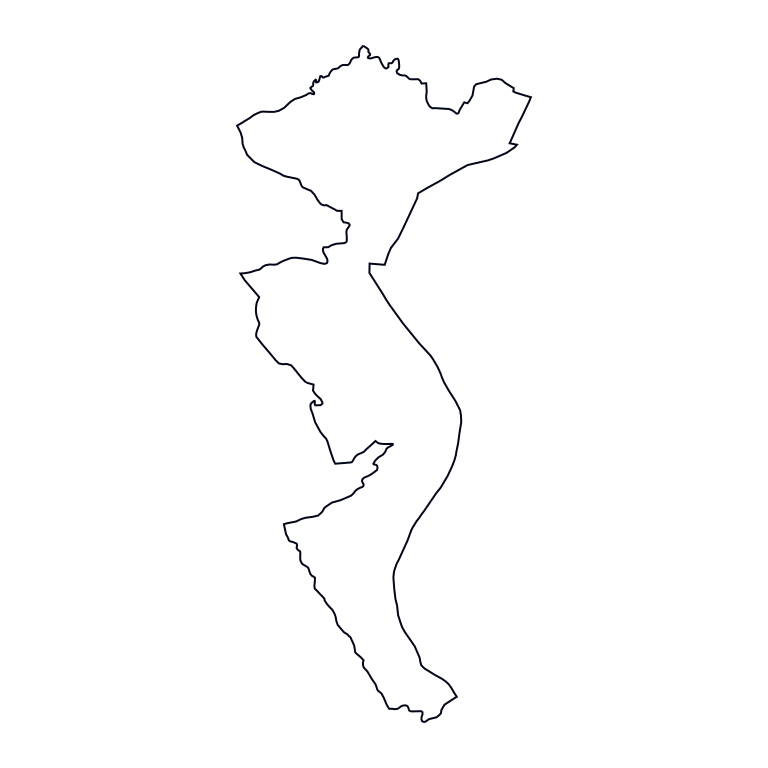 Thanh Thuy, Phú Thọ, Vietnam
{"feature_id": "81297802B73795447547430", "entity_name": "Thanh Thuy", "entity_type": "district", "adm_level": 2, "iso_a3": "VNM", "parent_name": "Vietnam", "parent_adm1": "Phú Thọ", "projection": "albers", "projection_center": [105.283, 21.123], "detail": "fine", "context": "isolated", "style": "outline", "palette": "ink", "viewbox_px": 768, "rotation_deg": 0, "n_neighbors": 0, "source": "geoboundaries", "source_scale": "gbopen_adm2", "svg_char_len": 6009}
<svg xmlns="http://www.w3.org/2000/svg" viewBox="0 0 768 768"><path d="M530.9,97.2L525.9,95.8L515.6,92.6L513.3,91.4L513.8,88.2L505.6,83.2L501.6,79.7L496.9,78.7L491.2,79.5L486.1,81.8L476.2,84.2L474.1,86.6L472.5,95.5L469.5,100.8L467.5,103.2L464.2,102.4L459.8,109.7L458.6,112.8L458.0,113.5L456.5,113.6L453.6,111.2L451.4,109.9L448.9,109.0L434.8,108.1L432.6,108.3L431.7,107.9L429.8,106.6L428.5,104.6L426.9,101.4L426.3,99.0L426.2,97.3L426.2,95.8L426.7,91.8L426.2,83.3L421.5,83.5L420.7,81.7L420.0,80.6L418.2,79.2L410.9,79.3L409.4,78.9L406.0,75.8L404.4,75.4L402.4,75.4L400.2,75.0L397.1,73.2L396.6,71.2L396.9,70.3L398.8,68.8L399.2,67.1L399.2,65.3L398.8,61.1L398.4,59.6L397.7,58.7L395.6,59.0L395.0,59.3L393.7,60.3L392.5,62.5L391.6,63.2L389.3,63.2L388.7,63.3L388.3,64.6L388.5,66.9L387.1,68.2L385.8,68.5L383.9,67.2L381.7,63.5L379.4,58.2L378.6,57.4L377.3,56.9L374.8,57.2L371.2,58.3L369.9,58.4L368.3,58.2L367.8,57.2L368.5,56.2L370.1,55.0L370.1,54.0L368.4,51.9L368.5,50.4L368.2,49.3L367.3,48.5L364.4,46.5L362.8,46.1L359.7,49.7L359.1,52.9L359.0,56.2L358.7,56.9L357.5,57.3L353.7,57.7L352.2,58.8L351.0,60.4L350.1,62.6L348.9,64.2L347.7,65.1L345.0,64.9L342.7,65.0L340.6,66.0L337.9,68.4L332.9,69.3L331.5,70.6L330.4,72.1L329.4,73.8L329.0,75.1L328.5,75.8L326.1,76.5L323.6,77.5L323.0,77.5L321.4,76.1L320.3,76.2L319.8,77.8L319.0,80.8L318.3,81.9L316.3,82.5L315.9,81.8L316.2,80.2L315.6,79.7L313.9,81.3L313.2,83.0L313.2,84.8L313.0,85.9L311.5,86.9L310.5,87.7L310.4,88.3L312.3,90.9L314.0,92.2L314.2,93.7L313.8,94.2L312.3,94.0L310.5,93.1L308.6,93.4L306.2,95.0L300.7,97.3L294.8,99.0L290.4,101.9L284.2,107.8L278.8,110.8L274.1,111.9L269.7,111.9L263.1,111.6L260.7,111.9L257.1,113.4L253.4,115.3L249.5,118.2L244.3,121.3L242.4,122.6L237.1,125.6L240.6,132.6L242.2,137.9L242.6,143.8L243.8,147.6L245.4,150.6L247.1,154.8L254.4,162.2L262.5,166.1L271.0,169.6L280.2,173.7L283.2,175.6L286.5,176.6L297.2,178.8L299.1,180.0L300.0,181.7L301.0,184.5L301.9,186.4L303.3,187.6L311.1,190.9L314.7,194.9L317.3,199.5L320.0,203.2L321.6,204.6L324.2,205.4L326.5,205.1L335.0,209.6L337.0,210.8L341.6,210.9L341.7,219.3L343.6,222.3L346.1,222.6L348.6,223.3L349.6,224.6L349.6,225.5L346.7,229.8L346.4,232.2L346.8,237.4L346.8,241.1L345.8,242.4L344.3,243.1L336.1,243.8L331.1,245.4L328.3,247.2L323.7,247.3L323.1,248.4L322.9,249.9L323.5,252.5L326.8,258.2L327.4,259.8L327.4,262.1L326.9,263.1L324.5,263.9L320.5,263.1L311.6,259.9L303.4,258.6L296.0,257.7L291.5,257.9L288.5,258.9L283.0,261.0L279.5,262.8L277.1,264.3L274.1,264.7L269.2,264.5L265.4,265.3L262.9,266.6L261.5,268.0L259.6,269.5L254.9,270.7L250.4,272.2L244.9,273.2L240.4,273.5L244.8,280.3L259.2,297.1L256.7,302.8L256.1,306.6L255.9,309.2L256.0,312.4L256.4,315.1L257.7,319.6L259.1,322.5L259.3,324.4L257.5,329.2L256.5,332.2L256.1,334.6L256.4,336.9L262.9,345.1L270.2,353.6L275.7,360.3L279.0,363.5L282.6,364.2L286.9,364.0L291.1,365.3L293.6,368.0L301.4,377.7L305.1,381.6L307.4,382.9L313.6,384.6L313.0,390.6L314.4,392.7L316.1,394.9L320.7,399.2L322.2,402.0L322.5,403.4L320.6,405.2L315.3,405.3L314.6,403.6L314.9,401.8L314.6,400.9L313.7,401.1L311.5,403.0L310.7,404.1L310.4,405.9L310.8,409.1L312.6,413.7L315.1,422.2L320.4,431.9L324.0,436.5L326.0,438.5L327.4,441.3L330.5,451.5L333.6,460.5L335.2,463.7L350.4,462.5L351.8,462.2L352.9,460.8L353.7,459.2L354.8,457.4L355.9,456.1L357.5,454.7L363.8,451.9L366.5,449.1L370.3,445.8L375.5,441.0L378.0,443.0L380.3,443.7L384.2,444.0L389.1,444.0L392.2,443.8L392.9,444.2L392.7,444.9L387.7,447.7L386.5,448.8L385.2,451.9L383.0,454.6L378.4,457.4L375.2,460.6L373.4,463.6L373.7,464.4L376.0,464.8L377.2,465.8L377.4,467.1L377.4,468.8L377.0,470.0L371.6,474.1L368.2,476.0L364.5,477.5L363.5,478.2L362.3,479.5L362.0,480.9L362.4,482.2L363.5,484.1L363.6,485.3L363.2,486.3L362.0,487.1L359.8,487.9L357.8,489.0L355.8,490.4L353.5,493.3L351.2,495.6L340.5,500.2L331.9,502.6L326.1,506.5L324.3,508.0L322.5,511.4L321.0,513.0L318.2,515.5L312.3,516.9L305.8,517.7L301.3,519.0L296.1,521.5L287.3,523.2L283.9,524.2L286.0,534.1L287.8,537.4L288.9,540.4L290.6,541.5L292.5,541.9L295.6,543.1L296.8,543.9L297.1,545.6L296.7,546.9L296.7,548.3L298.0,550.0L299.9,551.2L300.3,552.3L300.3,555.3L300.2,556.5L300.3,559.9L300.8,561.4L302.1,563.8L308.0,567.5L308.7,569.0L309.2,570.7L310.5,574.2L311.8,575.7L313.8,576.8L314.9,577.6L315.0,579.0L314.4,586.3L314.8,588.7L317.0,590.8L320.0,594.0L322.9,597.0L324.3,598.6L324.8,600.8L327.2,604.3L329.1,606.5L332.5,610.0L334.4,613.5L335.6,616.8L336.4,621.1L337.1,623.2L337.7,624.9L343.8,632.1L347.8,634.7L349.1,636.2L350.4,637.2L354.0,645.1L354.7,648.4L355.1,652.0L356.0,653.2L360.9,657.4L363.6,660.3L363.0,662.3L363.0,664.9L363.7,667.5L367.5,671.6L371.7,678.8L375.4,684.1L376.5,687.0L377.2,689.3L378.0,690.7L381.4,693.4L383.9,698.0L386.3,703.9L387.8,706.7L389.2,708.8L392.5,708.8L394.6,709.2L397.7,708.8L401.3,706.2L403.2,705.5L406.0,705.4L407.4,706.1L408.3,707.6L409.1,710.4L410.4,711.2L412.1,711.4L421.2,711.2L422.4,712.1L422.6,713.5L422.2,715.3L421.6,716.9L421.4,719.1L422.1,721.2L423.7,721.9L425.2,721.8L429.1,719.1L436.5,717.3L439.5,714.9L440.9,713.3L441.4,710.0L444.5,704.7L452.1,699.7L456.8,696.8L454.5,693.3L451.2,687.7L448.6,684.1L445.6,681.4L442.1,678.9L435.2,675.1L424.8,668.7L422.9,667.0L421.1,664.9L420.4,662.1L419.6,657.6L414.7,646.3L404.7,631.8L402.0,626.9L400.4,622.3L398.1,615.1L397.1,605.7L395.4,598.7L394.2,588.3L393.4,577.6L393.8,573.2L394.3,570.5L396.6,563.8L398.7,559.9L407.5,540.6L411.0,531.0L412.2,528.3L416.7,521.0L419.1,518.0L421.5,514.4L424.3,510.7L436.0,493.5L440.7,487.6L447.6,476.0L452.2,466.1L454.6,459.7L455.9,455.0L456.2,452.7L458.1,443.3L459.5,432.9L461.2,422.5L461.0,415.7L460.1,410.2L455.4,400.9L448.6,390.3L444.1,382.4L442.0,377.6L440.6,373.6L437.7,367.2L433.4,359.9L430.6,355.7L419.0,343.1L402.9,323.3L389.8,305.2L386.1,299.6L383.2,294.6L369.4,272.9L369.6,263.6L384.7,264.8L388.4,253.7L391.0,247.8L398.0,238.7L403.4,227.7L417.1,198.4L418.1,193.3L427.3,187.9L440.2,180.8L450.1,174.7L467.7,165.0L487.9,160.4L493.5,158.5L506.5,152.9L514.8,147.2L516.9,144.7L509.7,143.3L518.5,123.3L522.0,116.6L529.0,101.9L530.9,97.2Z" fill="none" stroke="#020617" stroke-width="2"/></svg>